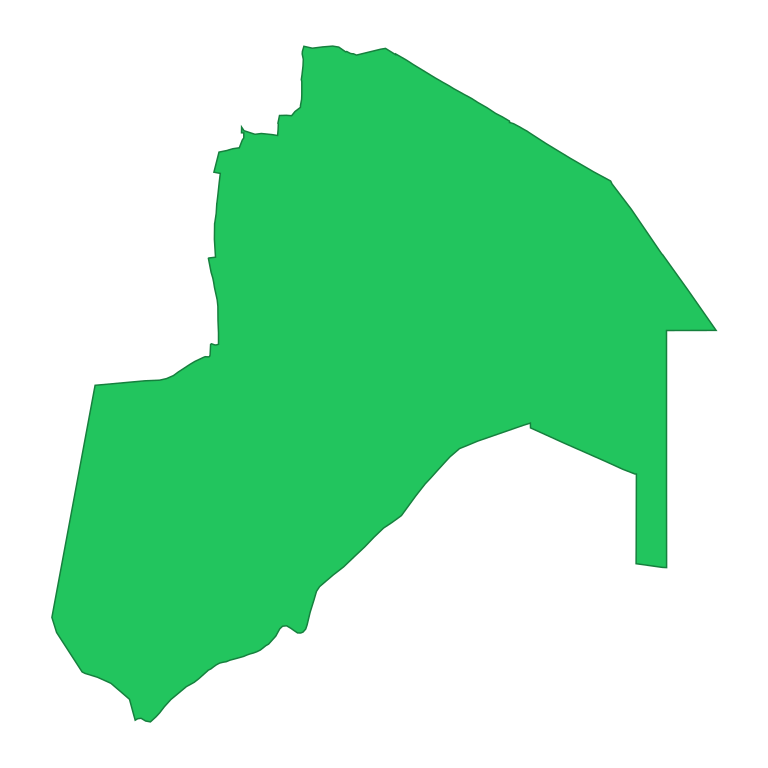 San Pedro Comitancillo, Oaxaca, Mexico
{"feature_id": "50627088B8871581884513", "entity_name": "San Pedro Comitancillo", "entity_type": "district", "adm_level": 2, "iso_a3": "MEX", "parent_name": "Mexico", "parent_adm1": "Oaxaca", "projection": "equal_earth", "projection_center": [-95.171, 16.462], "detail": "fine", "context": "isolated", "style": "filled", "palette": "green", "viewbox_px": 768, "rotation_deg": 0, "n_neighbors": 0, "source": "geoboundaries", "source_scale": "gbopen_adm2", "svg_char_len": 2798}
<svg xmlns="http://www.w3.org/2000/svg" viewBox="0 0 768 768"><path d="M129.5,699.3L133.6,714.5L135.2,720.2L137.7,718.7L141.1,718.3L145.6,721.0L150.4,721.9L156.0,716.8L159.7,712.8L164.3,706.8L170.9,699.5L186.4,686.6L194.2,682.3L198.7,678.8L207.8,670.7L208.0,670.3L210.9,668.9L213.6,666.8L216.4,664.8L219.6,663.1L223.2,662.2L226.3,661.7L229.9,660.2L233.6,659.2L236.6,658.4L240.2,657.4L243.7,656.4L246.7,655.1L249.7,654.0L253.4,653.0L256.7,651.8L260.4,650.0L265.8,645.7L268.6,644.1L273.1,639.1L274.3,637.8L275.8,636.1L277.7,632.6L279.8,628.8L282.6,626.2L286.6,625.8L290.7,628.2L293.8,630.4L297.5,632.9L300.7,633.0L303.0,632.1L305.7,629.1L307.1,624.9L310.1,612.4L313.9,600.2L316.5,591.3L319.6,586.6L326.6,580.6L333.4,574.8L343.6,566.9L354.7,556.3L364.7,546.9L373.9,537.3L383.5,528.1L392.5,522.1L401.4,515.6L415.7,496.0L425.1,484.0L430.9,477.8L436.9,471.1L444.0,463.3L449.9,456.9L459.5,448.6L467.9,445.2L477.7,441.1L523.3,425.3L530.4,423.1L530.5,427.9L563.6,442.9L605.3,461.3L622.6,469.2L634.9,474.0L636.4,474.0L636.2,547.2L636.1,563.7L662.4,567.4L666.6,567.6L666.5,489.5L666.5,330.5L716.1,330.4L687.7,289.7L662.7,254.8L661.7,253.8L659.7,250.9L631.4,209.4L612.0,183.9L610.9,181.5L610.6,181.0L593.4,171.7L570.0,158.1L545.8,143.4L529.0,132.5L527.3,131.3L527.0,131.1L524.6,129.8L522.5,128.6L520.3,127.3L519.8,127.0L517.5,125.8L513.6,123.7L510.7,122.8L510.0,122.5L509.5,122.5L509.6,121.6L509.4,121.0L508.6,120.6L502.4,116.9L495.6,113.4L487.0,107.7L477.9,102.5L471.7,98.5L463.7,94.2L453.6,88.6L449.1,85.8L445.9,84.0L442.8,82.3L440.1,80.7L435.2,77.9L412.9,64.3L406.6,60.2L398.8,55.7L395.6,53.9L395.5,54.2L395.5,54.6L385.5,48.4L380.7,49.2L356.5,55.1L353.5,53.8L351.7,53.7L350.1,53.3L346.7,51.5L345.7,51.9L338.8,47.1L332.7,46.1L322.8,46.9L312.4,48.2L303.9,46.3L303.7,47.0L302.4,51.4L302.2,54.0L303.3,59.3L303.0,66.0L302.0,74.9L301.3,79.6L301.6,80.8L301.8,81.6L301.8,88.8L301.8,94.7L301.6,99.3L300.5,105.3L300.4,107.4L295.0,111.5L291.6,115.7L286.3,115.3L279.5,115.5L277.9,123.3L278.3,124.0L278.1,129.6L277.6,135.5L272.1,134.6L261.3,133.5L255.0,134.3L244.0,130.7L241.6,127.1L241.5,132.8L243.1,132.9L243.8,132.9L243.8,137.9L242.3,140.0L239.3,147.8L233.0,148.7L228.1,150.1L227.4,150.4L219.0,152.1L213.9,172.2L220.3,173.4L219.2,182.7L217.9,194.8L217.0,202.5L216.8,203.4L216.2,213.4L214.8,222.8L214.6,223.6L214.4,239.3L215.5,257.2L208.8,258.0L208.4,258.3L211.1,272.3L212.8,278.0L213.7,282.5L214.5,287.6L217.2,299.9L217.9,306.5L218.0,320.4L218.5,332.9L218.5,344.3L216.1,345.0L214.7,344.9L211.5,343.8L210.6,344.4L210.1,355.0L209.6,356.4L208.6,356.9L205.2,356.7L203.4,357.4L194.9,361.4L189.9,364.4L178.4,371.9L173.4,375.6L166.5,378.6L159.5,380.2L145.0,380.8L95.1,385.3L51.9,617.4L56.6,632.5L82.1,671.9L85.0,673.4L97.0,677.1L97.6,677.3L110.9,683.3L129.5,699.3Z" fill="#22c55e" stroke="#15803d" stroke-width="1.5"/></svg>